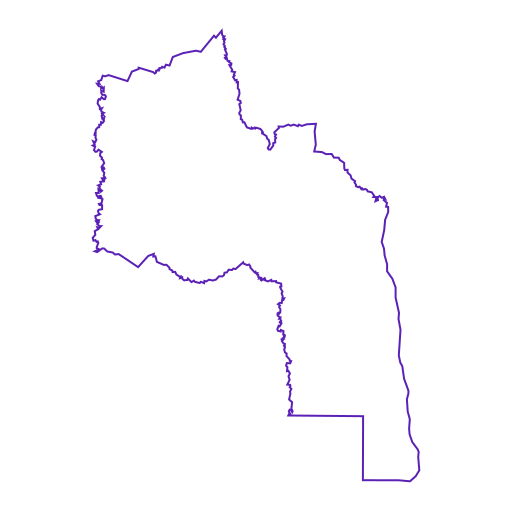 Uruguay, Entre Ríos, Argentina
{"feature_id": "61730980B11587085710178", "entity_name": "Uruguay", "entity_type": "district", "adm_level": 2, "iso_a3": "ARG", "parent_name": "Argentina", "parent_adm1": "Entre Ríos", "projection": "equal_earth", "projection_center": [-58.63, -32.497], "detail": "fine", "context": "isolated", "style": "outline", "palette": "violet", "viewbox_px": 512, "rotation_deg": 0, "n_neighbors": 0, "source": "geoboundaries", "source_scale": "gbopen_adm2", "svg_char_len": 5964}
<svg xmlns="http://www.w3.org/2000/svg" viewBox="0 0 512 512"><path d="M388.1,206.9L386.1,206.7L387.0,202.9L383.7,200.1L384.0,198.0L385.0,198.6L384.1,196.8L381.8,197.8L379.6,196.0L377.6,197.6L377.9,199.9L376.9,199.6L377.0,200.5L375.5,201.2L376.5,197.0L373.4,197.0L374.1,195.7L371.8,192.3L367.7,191.4L366.9,189.8L365.2,189.0L363.1,189.6L362.0,188.3L361.3,189.1L359.6,186.6L358.0,187.2L355.9,186.1L356.0,184.6L354.5,182.5L355.1,181.2L351.5,178.6L350.6,175.4L347.5,172.5L347.5,169.8L345.0,170.1L344.3,168.5L344.1,162.8L339.8,160.0L338.7,157.7L333.9,157.6L331.7,154.0L325.9,154.1L322.1,152.1L314.2,151.5L315.8,144.7L314.6,131.5L315.9,123.8L306.8,124.3L301.9,125.9L298.7,124.7L297.9,126.2L293.8,124.6L290.7,125.7L288.3,124.6L283.3,126.7L278.6,126.5L278.9,128.0L274.3,132.3L274.8,134.2L276.0,134.6L274.9,136.7L276.1,138.0L275.1,139.0L275.2,142.5L273.2,143.2L273.3,145.5L270.3,149.6L268.7,149.5L267.8,148.0L269.8,144.1L268.7,139.8L267.4,138.9L266.4,136.1L262.8,133.7L262.9,132.8L262.1,133.1L262.1,130.9L260.3,128.9L256.1,127.7L255.3,128.5L254.6,127.6L252.9,128.7L251.7,127.6L251.1,128.8L246.9,127.4L244.4,122.3L242.9,122.4L242.1,119.6L240.8,119.2L240.9,115.4L239.5,114.4L239.3,112.8L240.7,110.3L239.3,104.1L240.8,102.9L240.3,100.9L237.6,99.7L239.5,93.8L239.1,89.8L237.8,88.4L238.0,82.1L236.7,82.4L236.6,79.9L235.1,80.3L233.1,77.0L234.6,75.6L233.8,74.8L235.0,72.1L231.6,71.4L232.2,69.7L229.4,65.1L231.2,64.9L231.4,63.4L229.2,62.3L229.4,61.1L227.6,60.9L226.7,57.9L225.7,58.8L224.9,57.9L226.4,57.0L225.1,55.3L226.7,55.0L226.9,54.0L224.9,49.4L225.8,48.8L224.3,46.9L224.9,46.1L223.5,44.2L224.5,42.6L223.9,41.2L224.6,40.1L223.7,39.5L224.8,38.9L223.2,37.8L224.4,36.4L223.1,36.2L222.1,34.6L221.7,30.7L215.9,37.7L214.0,35.7L200.8,51.8L196.0,50.7L183.1,53.1L172.8,57.0L169.6,65.5L165.9,64.7L164.5,67.6L162.2,66.8L162.0,67.7L159.4,68.1L159.5,69.3L158.3,69.6L158.7,70.5L156.1,70.7L156.0,72.6L154.7,73.5L153.2,72.1L138.7,67.7L138.7,69.0L131.9,71.6L127.5,81.1L108.6,75.1L105.3,76.3L102.7,75.7L101.2,80.1L98.1,81.3L99.5,83.9L97.0,83.7L98.7,86.1L101.0,86.7L101.1,88.3L101.9,86.9L102.8,88.4L103.8,87.6L103.7,91.7L101.5,90.9L101.2,92.9L102.4,94.9L104.8,94.9L105.9,96.3L105.0,99.1L103.8,99.2L101.6,97.2L100.0,99.7L98.9,99.1L98.1,100.3L97.6,103.6L99.8,106.9L99.9,109.0L101.9,108.3L101.0,109.8L101.5,111.7L103.8,112.8L102.1,113.6L103.5,115.4L102.0,114.9L101.6,115.8L102.4,118.7L104.1,117.9L103.8,119.6L103.0,119.5L104.0,121.0L102.6,122.9L101.1,122.1L100.8,124.8L99.2,124.8L99.2,127.2L97.8,127.4L95.9,129.6L95.4,132.7L96.3,133.5L94.9,133.1L94.5,134.9L95.7,135.1L95.5,137.8L96.4,139.7L95.2,142.2L93.2,141.3L94.7,144.7L92.8,145.5L95.1,146.7L94.0,150.1L95.4,151.8L96.9,151.6L98.5,149.7L101.8,151.9L100.2,153.2L100.0,155.7L102.0,157.6L101.6,159.1L103.1,160.1L104.2,163.2L101.5,166.9L102.0,168.9L103.7,167.5L104.4,168.7L102.5,170.6L104.3,172.7L103.7,175.8L105.2,177.9L101.9,178.3L103.2,180.4L104.5,179.2L104.0,181.4L100.3,181.8L101.1,184.3L98.1,185.4L99.9,186.8L99.1,188.3L102.0,190.7L100.9,191.6L100.5,189.9L99.1,191.0L98.5,190.2L98.7,193.0L96.0,193.0L96.9,195.9L98.2,196.3L98.1,197.7L99.1,198.0L99.8,195.9L100.8,195.9L101.4,197.4L100.4,198.1L102.5,199.1L101.5,203.2L98.9,204.0L99.5,205.0L102.1,205.2L102.1,209.2L98.7,209.8L98.0,211.0L98.7,213.4L99.9,214.3L95.3,216.1L95.7,218.6L97.2,220.1L99.1,220.2L98.7,221.1L96.0,221.2L97.1,222.8L98.4,222.8L97.3,224.2L99.5,226.1L101.1,226.1L99.3,228.0L97.3,227.3L98.2,229.2L94.8,231.1L95.3,234.9L92.7,237.8L93.5,240.7L95.5,240.1L96.5,241.9L97.7,241.4L98.3,243.0L96.7,247.2L96.8,248.3L98.4,248.9L97.5,250.2L94.9,251.3L97.2,252.1L102.2,248.4L104.1,248.5L107.3,251.5L112.7,252.5L115.0,254.5L118.7,254.1L138.1,267.1L148.3,255.9L153.8,253.9L153.3,256.5L155.4,256.3L156.9,261.9L163.8,264.9L166.5,264.8L169.4,267.7L169.6,269.2L172.3,270.5L172.6,272.1L175.2,271.9L176.3,274.4L179.5,276.6L180.6,276.4L180.1,278.1L182.2,277.3L182.3,278.8L184.1,280.3L187.3,280.0L187.9,278.5L191.5,282.1L193.9,280.6L195.0,281.9L199.7,283.0L200.9,281.8L204.1,283.1L204.4,280.9L206.4,281.4L209.0,279.7L212.8,280.5L216.0,279.6L219.0,276.3L222.4,276.4L224.0,275.1L224.5,272.7L226.9,272.4L228.7,269.7L232.0,270.0L233.3,268.6L235.5,269.1L243.2,262.3L243.6,263.6L247.3,265.1L249.1,264.5L250.4,266.4L250.3,267.6L254.7,272.4L255.5,271.8L256.0,273.2L257.5,273.1L257.1,274.5L258.2,274.9L258.3,277.0L259.8,277.5L259.2,278.5L260.5,278.3L260.8,279.4L261.5,278.6L261.8,280.2L264.7,278.2L265.1,279.0L264.2,279.9L267.9,281.4L271.3,279.9L271.6,281.3L276.0,281.1L276.1,282.3L281.1,283.6L281.4,286.4L280.2,286.6L280.2,287.5L282.5,291.8L281.6,293.3L282.7,296.3L282.4,298.5L284.2,298.3L283.4,300.0L282.1,300.3L281.7,303.0L279.7,302.8L278.0,304.2L280.0,305.5L279.1,307.1L280.4,309.2L280.3,312.3L279.2,313.6L278.6,312.7L277.6,313.3L277.6,315.5L279.8,317.2L279.4,318.2L280.4,317.7L280.2,319.2L281.2,320.9L279.7,322.2L280.3,322.9L281.0,322.2L281.5,323.3L279.6,326.4L278.6,325.8L277.3,329.2L277.9,330.8L280.6,331.5L280.9,330.0L283.5,331.1L283.2,334.2L284.8,335.1L284.7,336.3L283.8,335.9L284.1,337.4L282.9,338.2L283.7,338.9L281.8,339.4L282.6,340.4L281.9,341.0L283.6,343.6L284.9,343.9L284.8,345.7L284.1,345.9L285.0,347.3L284.2,349.4L284.9,352.3L286.6,353.5L286.5,356.0L289.6,359.5L289.8,360.9L291.1,361.1L290.2,363.3L286.8,363.1L286.1,365.8L287.4,367.2L287.0,371.2L288.4,370.8L289.9,373.5L288.5,376.2L289.6,379.8L287.3,384.6L290.1,384.9L290.4,386.1L289.7,387.2L291.4,388.9L290.0,391.6L290.4,393.6L289.1,399.5L292.1,402.2L291.4,408.6L292.6,411.3L292.2,412.2L290.9,410.0L289.6,409.7L288.8,411.5L290.0,413.6L289.2,413.6L288.3,415.5L363.1,416.2L362.9,480.2L399.2,480.3L410.0,481.3L415.8,476.1L419.3,470.3L418.2,456.9L418.7,452.0L417.7,449.4L412.3,442.1L409.6,434.4L409.1,428.7L409.8,419.2L407.7,411.5L406.9,399.1L408.4,393.7L408.4,390.6L404.1,378.8L402.3,366.2L400.3,362.6L398.8,355.5L400.5,329.8L398.5,318.9L399.0,312.9L395.6,297.6L395.6,287.4L392.4,278.8L387.1,271.3L387.1,264.2L384.6,255.3L384.0,248.7L381.7,241.9L384.2,230.2L385.1,219.9L388.2,212.0L388.1,206.9Z" fill="none" stroke="#5b21b6" stroke-width="2"/></svg>